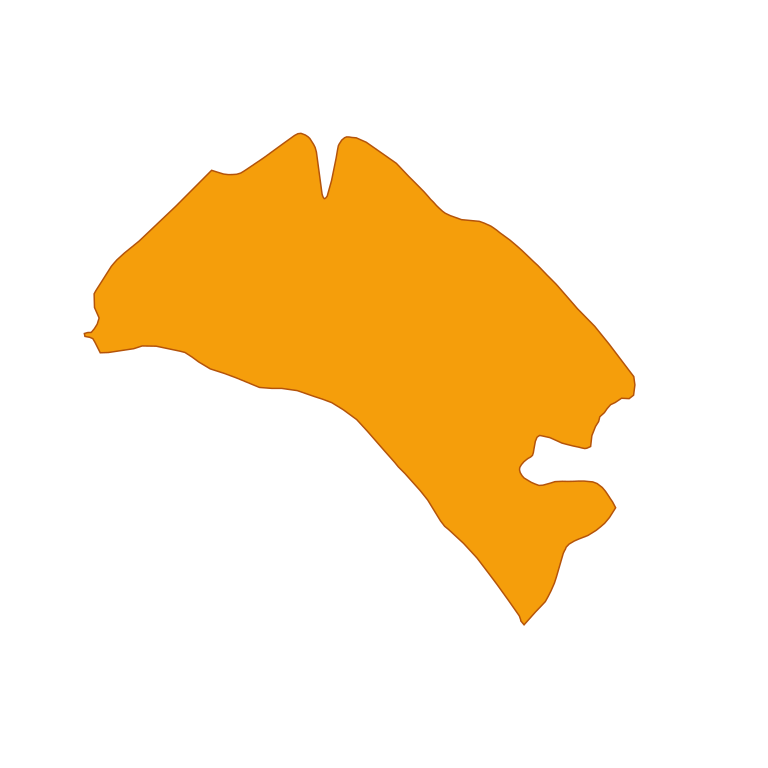 Thakhek, Khammouan, Laos (Robinson projection), rotated 320°
{"feature_id": "54806243B53814291483739", "entity_name": "Thakhek", "entity_type": "district", "adm_level": 2, "iso_a3": "LAO", "parent_name": "Laos", "parent_adm1": "Khammouan", "projection": "robinson", "projection_center": [104.881, 17.385], "detail": "fine", "context": "isolated", "style": "filled", "palette": "amber", "viewbox_px": 768, "rotation_deg": 320, "n_neighbors": 0, "source": "geoboundaries", "source_scale": "gbopen_adm2", "svg_char_len": 2907}
<svg xmlns="http://www.w3.org/2000/svg" viewBox="0 0 768 768"><g transform="rotate(320 384 384)"><path d="M186.7,177.7L193.1,182.7L215.0,196.1L223.2,199.4L233.8,208.6L248.8,227.7L251.8,231.9L254.3,240.0L256.2,247.9L260.6,260.7L268.2,272.8L274.6,284.0L286.4,306.6L295.5,315.5L302.8,321.6L313.3,333.3L322.4,348.5L326.9,355.7L332.0,364.7L336.3,377.7L340.2,393.7L340.9,409.3L341.4,435.8L341.8,450.7L341.8,450.9L341.7,456.7L342.5,466.0L343.2,488.9L342.9,501.0L340.8,515.0L339.3,525.2L339.0,532.0L339.9,536.7L342.5,557.2L343.4,577.1L342.4,597.9L341.7,610.7L340.2,630.4L338.6,648.6L337.3,652.1L336.8,653.0L336.5,653.5L336.5,658.5L353.6,656.0L364.4,654.8L367.7,654.4L373.4,652.2L379.0,649.8L386.5,646.1L391.8,642.8L412.4,629.0L415.2,627.7L416.7,627.2L418.6,626.1L422.9,625.6L428.9,626.6L434.0,628.1L442.8,631.1L452.6,632.5L458.7,632.6L463.6,632.5L467.6,631.8L470.9,631.2L475.3,629.8L481.9,627.7L483.3,621.3L483.7,617.3L484.2,613.3L484.7,608.5L484.7,603.6L483.3,597.3L481.0,593.2L474.8,586.9L470.2,583.1L466.8,580.5L462.2,576.8L458.1,573.2L454.6,570.5L452.2,568.7L447.8,566.9L440.6,563.6L437.5,561.3L435.4,557.6L433.6,554.0L432.2,549.9L430.9,546.1L430.8,543.0L431.4,539.4L432.6,536.9L434.2,535.3L436.0,534.6L437.5,534.1L441.1,533.5L444.0,533.5L446.4,533.6L449.5,534.2L451.9,534.1L454.4,532.5L456.7,530.5L463.1,525.2L465.2,524.1L466.8,523.2L468.3,523.2L470.2,523.5L471.7,525.3L476.6,531.7L480.0,538.7L482.3,543.6L485.1,547.6L489.0,553.0L492.7,557.7L494.4,560.1L496.3,562.5L498.1,563.6L502.1,564.7L510.0,557.2L518.7,552.5L524.3,550.7L528.3,547.8L534.4,547.6L539.1,546.3L544.3,545.5L549.2,546.8L556.8,547.6L562.4,552.8L568.0,553.0L575.6,546.0L580.1,538.9L580.4,532.3L582.1,498.0L582.5,475.2L580.6,450.9L580.1,421.6L580.0,418.1L579.6,413.3L578.9,405.3L578.0,392.1L577.3,386.7L575.6,371.2L574.9,366.1L574.1,361.2L573.0,354.8L570.0,342.7L569.2,338.5L568.3,335.0L567.4,331.9L564.2,325.2L561.6,320.7L549.0,307.9L543.0,297.6L540.7,292.6L539.9,289.4L539.3,284.8L538.9,281.0L538.8,277.0L538.4,272.4L538.4,269.6L538.4,269.0L538.3,265.4L538.2,262.4L537.1,248.8L536.4,241.1L535.3,222.9L525.8,187.4L523.0,181.7L521.0,177.6L517.7,174.3L516.2,172.5L514.2,170.7L512.1,170.0L510.0,170.0L508.3,170.0L506.2,170.7L504.1,171.3L502.1,172.2L499.0,174.7L492.4,180.3L474.5,194.5L461.2,203.6L459.2,204.0L458.2,204.0L457.4,203.6L457.4,202.2L457.8,200.7L458.7,198.6L481.3,162.9L483.3,158.5L484.1,155.1L484.7,150.5L485.0,148.2L484.7,145.7L483.8,142.7L482.6,140.5L481.5,138.6L478.9,136.9L475.2,136.1L462.0,135.1L437.2,133.4L416.9,131.3L412.9,130.8L409.8,130.3L405.9,128.6L402.1,125.8L399.3,123.5L396.1,120.1L392.4,114.4L389.3,109.5L338.6,114.0L288.2,117.1L269.3,116.8L259.4,117.2L255.3,117.8L250.7,118.6L233.7,124.0L223.2,127.3L219.9,128.6L211.4,139.3L208.2,150.3L202.8,153.8L197.5,155.5L192.9,156.3L190.1,154.1L186.9,152.7L185.5,155.3L188.6,159.1L190.1,162.1L189.4,166.2L186.7,177.7Z" fill="#f59e0b" stroke="#b45309" stroke-width="1.5"/></g></svg>